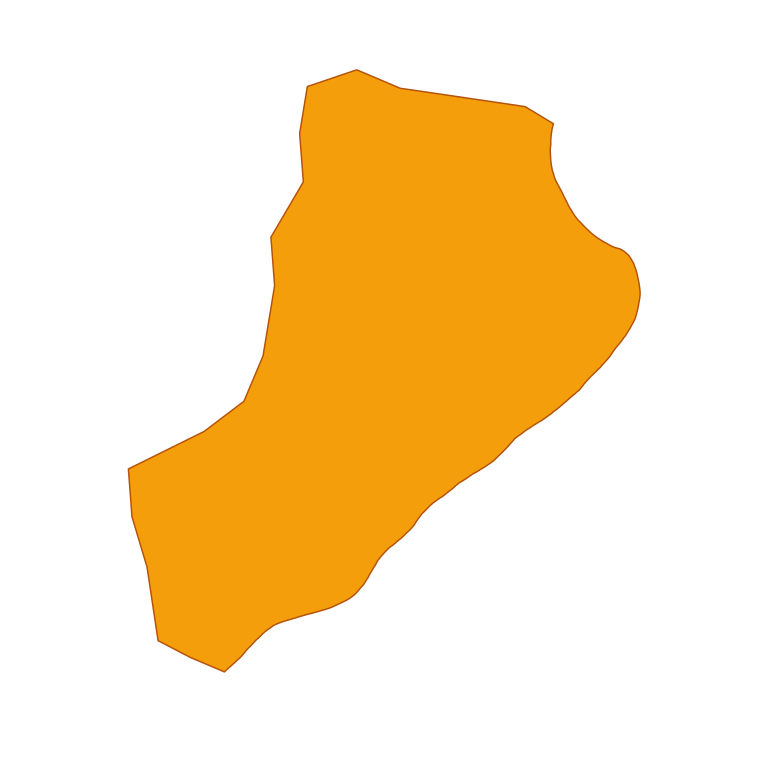 outline of Sinuiju City, P'yŏngan-bukto, North Korea, rotated 188°
{"feature_id": "82179303B65076017972610", "entity_name": "Sinuiju City", "entity_type": "district", "adm_level": 2, "iso_a3": "PRK", "parent_name": "North Korea", "parent_adm1": "P'yŏngan-bukto", "projection": "robinson", "projection_center": [124.379, 40.084], "detail": "fine", "context": "isolated", "style": "filled", "palette": "amber", "viewbox_px": 768, "rotation_deg": 188, "n_neighbors": 0, "source": "geoboundaries", "source_scale": "gbopen_adm2", "svg_char_len": 3183}
<svg xmlns="http://www.w3.org/2000/svg" viewBox="0 0 768 768"><g transform="rotate(188 384 384)"><path d="M625.3,264.3L615.1,217.5L593.2,169.8L582.6,134.1L572.0,98.4L537.8,86.3L502.0,76.7L501.3,77.6L498.8,80.7L496.1,83.7L493.4,87.0L492.4,88.2L490.4,90.7L488.3,93.1L486.6,95.7L485.0,98.2L483.6,100.6L481.7,103.4L479.4,106.3L477.4,109.2L475.2,112.4L473.1,114.8L471.4,117.0L469.5,119.6L467.2,122.3L464.6,125.0L461.8,127.4L460.0,129.3L458.6,130.4L455.0,132.5L451.0,134.6L446.9,136.6L443.0,138.3L439.0,140.1L434.8,142.1L431.0,143.8L427.0,145.6L423.8,146.8L420.7,148.2L417.7,149.5L414.6,150.9L410.7,152.6L406.6,154.6L403.4,156.5L399.9,158.8L397.1,160.6L394.4,162.4L391.9,164.1L389.3,166.0L387.2,167.9L384.9,170.2L382.9,172.5L381.3,174.8L379.8,177.3L378.1,180.0L376.5,182.1L375.2,185.0L373.9,188.2L372.8,190.2L371.9,193.2L370.1,197.3L368.7,200.7L367.0,204.4L365.9,207.7L364.1,211.0L362.3,213.9L360.2,216.9L358.1,220.0L355.8,222.9L353.5,224.9L351.2,227.5L348.9,230.2L345.9,233.3L343.5,236.2L341.2,239.4L338.5,242.6L336.3,245.8L334.4,248.8L333.1,252.0L331.3,255.4L330.3,257.3L328.5,260.6L326.0,263.8L323.7,266.9L321.4,270.1L318.8,273.1L316.0,275.9L313.0,278.6L310.1,281.1L307.6,283.7L304.8,286.7L301.7,289.8L299.1,293.0L296.0,296.4L292.5,299.2L288.8,302.4L285.9,305.2L283.1,307.6L279.6,310.2L276.1,313.2L272.9,315.7L270.1,318.3L267.2,320.9L264.4,323.7L261.9,327.0L259.6,330.0L257.5,332.6L255.5,335.3L254.5,336.7L252.6,339.3L250.8,342.2L248.6,345.4L246.9,348.0L244.5,350.6L241.8,353.0L239.0,355.9L236.6,358.4L233.7,360.6L230.9,363.3L228.3,365.4L225.7,367.6L223.1,369.6L220.0,372.4L217.4,375.0L214.0,378.1L212.3,380.3L209.7,382.7L207.4,385.2L205.3,387.6L203.5,389.7L201.7,391.6L200.0,393.6L198.0,396.0L196.1,398.2L194.1,400.2L192.3,402.5L190.4,404.5L189.0,406.5L187.6,408.7L186.0,411.7L184.1,414.6L183.1,416.1L181.2,418.8L179.8,420.7L177.8,423.3L175.7,425.9L173.8,428.5L172.0,430.7L170.7,432.9L169.2,435.1L167.4,437.8L165.8,440.1L164.1,443.0L162.6,446.0L161.4,448.6L159.6,451.7L158.1,454.3L156.2,457.3L154.3,460.5L153.0,463.2L151.7,465.2L150.5,468.0L149.4,470.5L148.0,473.7L146.6,477.5L145.5,480.4L144.4,483.7L143.9,487.0L143.4,491.0L143.0,495.8L142.9,499.6L142.7,503.6L142.8,507.6L143.2,510.7L144.1,514.4L145.1,518.1L146.1,521.0L147.5,524.9L148.9,528.6L150.5,532.3L152.3,535.6L153.7,538.4L155.8,541.0L157.8,543.5L159.7,545.5L162.5,547.4L164.3,548.6L166.4,549.6L169.1,550.6L171.4,550.9L174.4,551.3L177.8,552.1L180.5,553.2L183.5,554.4L186.2,555.3L189.1,556.6L191.5,557.7L194.4,559.1L197.4,560.8L200.6,562.8L203.0,564.6L205.8,566.5L208.2,568.4L211.2,570.8L214.9,573.6L217.5,576.1L219.7,578.4L221.9,581.2L224.0,583.6L226.0,586.1L227.6,588.6L229.6,591.5L231.7,594.4L233.6,597.4L235.5,600.1L237.9,603.4L240.0,606.2L242.2,609.3L243.9,612.2L245.4,615.6L247.1,619.1L248.0,621.8L248.9,624.5L249.5,626.8L250.1,629.1L250.6,631.8L251.2,634.8L251.8,637.7L252.1,640.8L252.2,644.8L252.7,648.0L253.0,651.5L253.1,654.9L253.1,655.7L253.1,657.6L253.1,659.0L252.9,661.7L252.5,665.3L282.9,678.3L340.3,678.7L409.2,679.1L443.0,688.2L454.8,691.3L501.3,667.9L502.4,620.4L492.0,572.9L516.4,513.6L506.0,466.1L507.7,394.8L520.3,347.4L555.5,312.0L625.3,264.3Z" fill="#f59e0b" stroke="#b45309" stroke-width="1.5"/></g></svg>